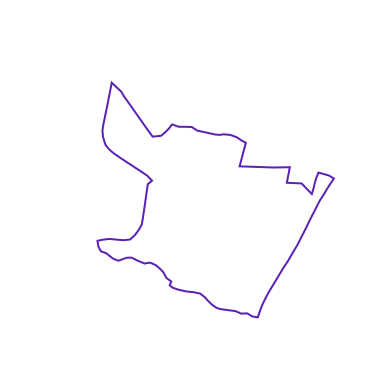 the district of Makadara, Nairobi, Kenya, rotated 42°
{"feature_id": "3690345B46803652809232", "entity_name": "Makadara", "entity_type": "district", "adm_level": 2, "iso_a3": "KEN", "parent_name": "Kenya", "parent_adm1": "Nairobi", "projection": "albers", "projection_center": [36.866, -1.295], "detail": "fine", "context": "isolated", "style": "outline", "palette": "violet", "viewbox_px": 384, "rotation_deg": 42, "n_neighbors": 0, "source": "geoboundaries", "source_scale": "gbopen_adm2", "svg_char_len": 1516}
<svg xmlns="http://www.w3.org/2000/svg" viewBox="0 0 384 384"><g transform="rotate(42 192 192)"><path d="M309.6,179.5L307.2,168.3L305.9,161.4L301.0,143.1L299.6,138.3L297.7,131.6L294.6,119.9L292.6,112.5L291.6,105.9L290.1,98.2L288.4,87.0L282.6,88.2L273.0,92.9L275.2,99.1L277.7,104.0L279.7,107.6L282.4,113.3L275.4,112.9L267.7,112.3L256.3,121.7L248.1,108.1L236.6,118.9L210.2,141.1L199.1,119.4L194.6,120.5L188.6,121.4L182.1,124.0L176.8,128.1L174.0,131.4L170.4,134.0L165.4,136.8L160.0,139.9L154.8,142.9L148.5,143.8L144.9,146.7L138.5,152.4L132.0,155.1L132.4,160.2L132.1,165.9L131.4,170.9L125.7,177.2L116.6,175.3L87.3,168.6L77.3,166.4L72.3,164.8L59.2,164.5L61.6,168.4L65.8,175.4L69.8,182.1L73.8,188.9L81.1,201.4L84.2,206.1L89.1,210.7L96.0,214.8L101.1,215.7L107.3,215.7L115.1,214.7L123.2,213.5L138.0,211.2L147.8,209.8L154.7,210.3L153.9,215.7L158.5,222.6L166.2,234.1L173.1,244.5L176.3,249.5L177.7,255.3L178.4,261.7L177.8,268.7L173.3,273.7L168.7,277.2L162.0,282.2L157.8,286.9L154.4,291.5L158.7,295.0L163.7,297.0L169.4,294.9L178.1,294.3L183.3,292.3L187.5,284.5L191.0,281.2L197.0,279.6L204.6,276.9L208.1,272.5L214.0,270.6L219.1,270.4L224.3,270.8L230.5,273.0L236.5,272.4L237.9,276.3L241.9,276.0L247.4,273.6L254.2,269.8L260.1,265.5L266.0,262.0L272.0,261.6L275.9,262.1L282.1,262.4L287.6,261.7L291.3,260.1L298.2,255.4L304.2,251.3L309.9,249.5L314.3,245.2L320.0,244.2L324.8,241.1L321.2,232.7L319.6,228.3L317.3,220.2L316.0,214.6L315.0,209.5L311.8,193.0L310.5,186.4L309.6,179.5Z" fill="none" stroke="#5b21b6" stroke-width="2"/></g></svg>